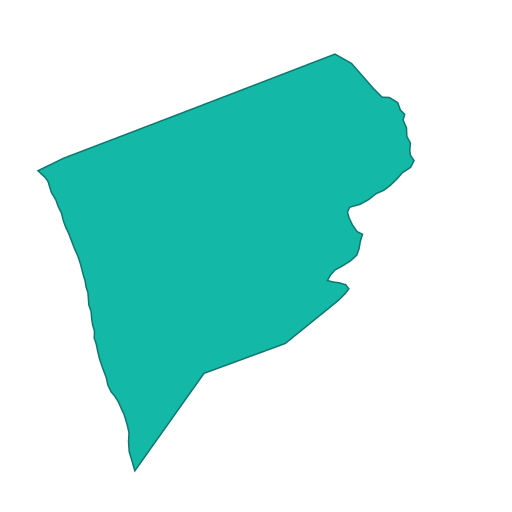 the district of Emas, Paraíba, Brazil, rotated 253°
{"feature_id": "56859067B29594982157265", "entity_name": "Emas", "entity_type": "district", "adm_level": 2, "iso_a3": "BRA", "parent_name": "Brazil", "parent_adm1": "Paraíba", "projection": "equal_earth", "projection_center": [-37.76, -7.097], "detail": "fine", "context": "isolated", "style": "filled", "palette": "teal", "viewbox_px": 512, "rotation_deg": 253, "n_neighbors": 0, "source": "geoboundaries", "source_scale": "gbopen_adm2", "svg_char_len": 1239}
<svg xmlns="http://www.w3.org/2000/svg" viewBox="0 0 512 512"><g transform="rotate(253 256 256)"><path d="M86.0,77.3L159.0,172.0L163.8,258.4L189.3,321.4L193.9,330.2L197.5,335.2L202.3,333.4L206.1,327.6L208.6,322.1L211.7,317.1L216.0,321.6L219.6,327.6L221.1,335.2L223.6,344.6L227.3,352.5L232.7,356.6L239.6,360.1L245.6,364.2L249.8,359.8L257.6,357.3L264.9,356.2L271.0,356.2L275.3,359.7L275.0,370.7L277.1,380.4L280.4,388.7L281.5,397.4L284.2,404.9L288.5,413.3L292.8,420.3L295.6,429.8L301.0,435.0L307.4,433.1L312.6,434.1L318.7,436.7L326.2,435.2L334.6,437.4L343.1,436.4L347.9,439.6L353.6,436.7L361.1,436.4L368.6,429.9L371.0,423.0L382.0,417.2L412.1,403.7L426.0,390.5L419.5,298.8L413.3,210.3L405.8,100.8L401.3,72.4L392.8,77.3L388.0,78.9L382.3,78.9L376.7,78.9L368.0,81.0L360.3,81.4L354.1,82.5L345.2,82.1L338.5,82.5L332.4,83.5L325.9,83.9L316.1,84.6L308.3,85.6L300.3,85.8L294.7,85.6L289.2,85.3L282.2,85.3L275.9,84.4L270.2,84.6L265.4,83.5L258.2,81.8L251.2,82.1L244.5,80.6L237.8,79.6L231.4,79.6L224.9,77.3L218.9,77.5L211.5,76.8L204.2,76.3L193.3,76.6L183.3,77.3L176.1,76.6L168.6,77.7L163.4,79.9L156.4,81.8L150.9,82.4L143.1,83.5L132.1,83.5L123.8,82.8L116.0,79.9L105.8,77.5L96.5,77.5L86.0,77.3Z" fill="#14b8a6" stroke="#0f766e" stroke-width="1.5"/></g></svg>